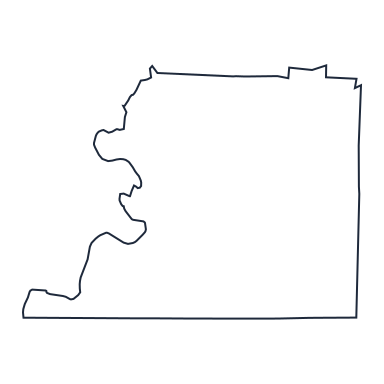 the district of Shelby, Tennessee, United States of America
{"feature_id": "52423323B51053623406996", "entity_name": "Shelby", "entity_type": "district", "adm_level": 2, "iso_a3": "USA", "parent_name": "United States of America", "parent_adm1": "Tennessee", "projection": "orthographic", "projection_center": [-90.065, 35.201], "detail": "fine", "context": "isolated", "style": "outline", "palette": "slate", "viewbox_px": 384, "rotation_deg": 0, "n_neighbors": 0, "source": "geoboundaries", "source_scale": "gbopen_adm2", "svg_char_len": 1875}
<svg xmlns="http://www.w3.org/2000/svg" viewBox="0 0 384 384"><path d="M361.0,85.2L354.9,88.1L356.5,78.8L326.0,77.3L326.2,65.4L312.1,70.0L289.2,67.6L288.3,78.2L277.4,76.1L245.1,76.5L235.9,76.2L233.2,76.4L157.4,73.0L152.2,66.0L149.9,68.6L151.1,77.5L147.3,79.4L144.9,80.0L140.8,80.6L136.4,90.0L134.3,93.4L133.0,94.8L131.6,95.1L129.9,97.1L128.2,100.5L124.7,105.7L123.9,106.0L123.2,105.9L126.4,112.2L124.9,117.0L123.8,129.0L119.7,129.9L117.4,129.2L116.5,129.2L112.2,131.7L108.6,132.7L103.5,130.0L101.7,130.4L98.9,131.6L97.8,132.6L96.5,134.4L95.8,136.1L94.0,143.0L94.0,144.7L95.1,147.5L98.9,154.8L102.3,158.9L108.1,161.1L112.3,160.6L116.5,159.5L120.1,159.0L123.2,159.2L125.7,159.9L128.5,161.7L129.3,162.5L132.8,167.3L135.1,171.3L136.8,173.6L138.9,176.1L139.8,178.2L140.8,180.6L141.2,182.6L141.1,186.0L139.8,187.7L137.7,188.1L136.2,186.7L134.0,185.5L131.6,191.1L130.0,196.2L129.6,196.2L123.7,193.6L120.2,194.0L119.5,198.8L119.6,200.5L121.2,204.2L122.7,206.1L123.7,206.2L124.2,208.6L125.5,211.0L126.7,212.6L128.4,214.8L130.0,216.9L131.8,219.2L133.1,219.8L143.5,221.4L144.8,222.5L145.0,223.0L145.9,229.3L145.5,231.1L144.9,232.2L142.6,234.8L136.5,240.9L134.9,242.1L132.9,243.0L128.0,243.9L123.6,242.6L108.8,233.4L106.9,232.7L105.9,232.8L100.3,235.2L98.3,236.5L95.6,238.7L91.7,242.8L91.5,243.1L89.9,246.7L87.6,259.4L80.7,277.4L80.0,280.9L79.7,284.2L79.8,288.5L80.2,292.3L78.2,295.1L73.5,298.9L71.0,299.4L70.1,299.2L65.8,296.8L62.9,296.0L50.0,294.1L47.0,292.9L46.5,292.2L46.3,290.9L45.6,290.5L32.2,289.6L31.0,290.3L30.4,290.6L29.6,291.9L27.9,297.5L24.8,304.0L23.3,309.1L23.0,312.4L23.5,317.7L130.1,318.3L147.9,318.3L165.7,318.4L183.3,318.5L227.6,318.6L231.6,318.6L236.4,318.6L236.6,318.6L254.1,318.6L271.7,318.6L280.7,318.5L298.5,318.1L307.4,317.9L316.2,317.8L356.2,317.6L356.3,317.6L359.3,193.9L358.9,186.6L358.7,145.5L361.0,85.2Z" fill="none" stroke="#1e293b" stroke-width="2"/></svg>